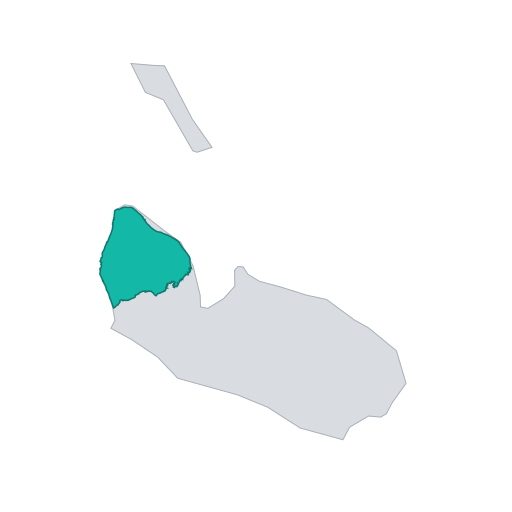 Hebron, West Bank, Palestine shown in context, rotated 111°
{"feature_id": "87354302B80979559279056", "entity_name": "Hebron", "entity_type": "district", "adm_level": 2, "iso_a3": "PSE", "parent_name": "Palestine", "parent_adm1": "West Bank", "projection": "equal_earth", "projection_center": [35.111, 31.507], "detail": "fine", "context": "in_parent", "style": "filled", "palette": "teal", "viewbox_px": 512, "rotation_deg": 111, "n_neighbors": 0, "source": "geoboundaries", "source_scale": "gbopen_adm2", "svg_char_len": 6360}
<svg xmlns="http://www.w3.org/2000/svg" viewBox="0 0 512 512"><g transform="rotate(111 256 256)"><path d="M396.4,109.0L400.8,153.1L393.0,190.8L392.3,223.8L398.2,285.3L385.7,311.4L378.6,342.3L375.5,365.6L366.7,364.6L338.8,381.5L301.8,397.4L261.0,401.5L255.2,396.8L253.6,388.7L265.6,349.5L270.2,331.1L287.8,311.2L312.8,294.0L323.4,289.6L322.2,282.3L307.3,270.9L291.7,265.0L276.9,270.9L272.3,269.1L270.8,264.1L276.0,257.0L278.4,243.9L276.1,222.0L274.5,195.2L271.3,174.6L280.5,141.0L282.8,125.0L294.2,90.9L321.1,70.3L344.3,76.3L356.6,77.8L361.7,81.8L365.1,93.6L382.3,107.3L396.4,109.0ZM170.3,336.0L180.2,348.1L180.5,352.6L143.4,398.3L142.9,417.9L121.1,441.7L114.2,418.1L111.2,409.6L151.3,364.3L170.3,336.0Z" fill="#d9dde1" stroke="#a8b0b8" stroke-width="1"/><path d="M312.5,323.2L312.9,323.2L312.7,322.3L313.6,322.3L314.0,322.0L314.6,322.0L314.6,320.8L314.0,320.9L313.4,320.6L312.7,319.8L312.7,319.7L313.1,319.4L312.8,318.8L312.1,318.8L311.6,318.5L310.5,318.4L310.1,318.5L310.0,319.0L309.8,319.0L309.7,319.1L309.8,318.5L309.0,318.4L308.6,318.5L308.3,318.4L307.7,318.4L307.3,318.4L307.2,318.3L306.8,318.5L306.5,318.5L306.5,318.3L306.4,318.3L306.1,317.7L306.0,318.0L305.8,317.9L305.7,317.9L305.6,318.0L305.2,318.0L305.2,317.4L304.8,317.2L304.6,317.6L304.4,317.5L304.2,317.1L304.2,316.6L303.9,316.4L304.0,316.1L303.3,316.3L303.0,316.3L303.1,316.6L302.1,316.0L301.8,316.0L301.6,315.9L300.8,315.8L300.5,315.6L299.9,315.4L299.4,315.0L299.0,315.0L298.5,315.1L298.6,314.6L298.1,314.2L298.0,313.9L298.0,313.0L297.9,312.6L297.2,312.6L297.2,312.9L296.9,313.1L296.5,313.1L296.2,313.2L295.7,313.9L295.3,313.3L295.2,313.0L295.5,313.0L295.5,312.5L295.4,312.4L295.0,312.5L294.9,312.2L294.5,311.9L294.2,311.9L293.9,312.2L293.5,312.3L293.1,312.1L293.0,312.6L292.7,313.1L292.6,312.9L292.6,312.7L292.0,312.6L292.2,313.0L292.0,313.6L291.7,313.8L291.4,314.0L291.3,313.8L291.2,313.9L290.9,313.7L291.1,312.6L290.8,312.1L290.8,311.8L288.9,313.4L288.2,313.7L287.7,314.1L287.4,314.3L286.8,314.8L286.5,314.9L286.1,315.1L283.9,316.1L283.3,316.1L283.1,316.4L282.5,316.5L282.0,316.8L281.6,317.1L280.8,318.0L280.6,318.3L280.4,318.3L280.4,318.6L279.8,319.1L278.2,321.5L276.7,324.1L276.2,324.5L276.1,324.9L276.0,325.4L275.3,326.7L271.4,332.1L270.5,333.2L269.5,336.8L269.4,336.7L269.3,337.1L269.1,338.8L268.9,341.4L268.8,341.9L268.6,342.2L268.5,342.6L268.5,343.9L268.1,345.7L268.3,351.7L267.9,352.6L267.9,353.0L268.7,356.8L268.6,357.6L268.6,358.0L268.6,358.4L267.9,361.4L267.2,363.7L266.4,365.7L266.2,365.9L265.7,366.9L265.6,367.4L265.6,367.6L264.9,369.3L264.7,369.4L263.8,371.0L263.4,371.3L263.2,371.9L262.7,372.2L262.4,372.4L261.7,372.7L261.7,372.8L261.8,373.3L261.9,373.5L262.1,373.5L261.1,375.2L260.9,375.2L260.7,375.4L260.3,375.4L260.1,375.6L260.1,376.2L259.3,377.6L258.8,378.6L258.4,379.9L258.0,381.3L257.3,382.8L256.8,384.1L255.6,387.6L255.4,389.0L255.4,390.1L255.5,390.7L256.5,392.7L256.7,393.2L256.8,394.0L257.3,395.6L257.4,396.2L257.6,396.5L257.8,396.7L258.3,397.3L259.5,398.7L261.5,400.3L261.7,400.8L261.6,401.8L261.8,402.1L263.1,403.3L263.6,403.7L264.2,404.0L264.7,404.1L267.2,403.3L267.9,403.2L268.8,402.9L269.3,402.6L272.1,402.3L273.0,401.5L273.5,401.8L273.5,402.1L274.5,401.9L276.2,401.4L276.3,401.6L276.7,401.3L277.6,401.5L277.8,401.3L278.1,400.8L280.5,400.1L281.1,400.2L281.6,399.8L282.3,399.7L287.0,399.5L288.5,399.5L290.3,399.7L294.6,399.6L296.3,399.8L296.3,400.1L296.5,400.3L297.0,400.2L297.5,400.3L297.8,400.1L301.5,400.3L304.7,400.1L305.7,400.2L306.8,400.5L308.3,400.6L309.1,400.4L310.1,399.8L310.8,399.6L312.1,399.1L312.3,399.2L313.3,399.7L313.3,399.9L315.2,399.5L315.4,399.5L316.4,399.8L316.8,399.7L317.1,399.4L317.2,399.1L317.3,398.4L317.2,397.9L317.6,397.9L317.8,398.4L318.0,398.3L318.2,397.9L318.4,397.6L318.9,397.4L319.5,397.8L319.7,397.7L320.1,396.9L321.0,396.8L322.4,396.4L322.7,396.6L322.8,396.6L323.1,397.1L323.3,397.2L323.7,396.9L324.0,396.8L324.7,396.9L324.9,396.7L325.0,396.4L325.1,396.1L325.4,395.9L325.6,395.9L326.1,396.0L326.5,395.7L327.8,395.6L328.6,395.3L329.2,395.0L330.4,393.6L333.1,391.0L333.7,390.2L333.8,390.4L334.0,390.4L334.2,389.9L334.5,389.9L334.4,389.5L335.9,388.2L337.1,386.7L338.8,385.1L339.6,384.4L340.5,384.0L341.0,383.7L341.7,382.9L342.4,381.7L343.2,381.1L344.9,379.4L346.3,378.5L348.3,376.9L349.4,375.7L354.5,371.3L355.5,370.2L354.8,369.6L352.8,368.7L351.6,367.9L350.8,367.2L350.1,367.2L348.7,366.7L347.7,366.5L346.9,367.0L346.7,367.1L346.3,366.7L345.7,366.7L345.5,366.2L345.4,366.0L345.3,365.9L345.1,365.3L345.2,365.0L345.1,364.6L345.5,364.5L345.5,364.2L345.0,363.9L344.8,363.6L344.5,363.7L344.3,363.1L344.4,362.5L344.0,361.5L343.9,361.0L343.8,360.9L343.7,361.0L343.6,360.8L343.6,360.3L343.5,360.2L343.3,360.1L343.2,359.5L343.0,359.3L342.7,359.3L342.6,358.9L342.3,358.7L342.0,358.2L341.2,357.6L340.2,356.7L338.8,355.0L338.0,354.3L337.5,354.1L337.3,354.1L336.9,354.3L336.2,354.4L336.0,354.7L335.9,354.7L335.6,354.3L335.4,353.8L334.4,353.1L334.3,352.7L333.7,352.3L333.5,352.0L333.2,351.8L332.8,351.9L332.7,351.7L332.3,351.5L331.7,351.6L331.3,350.9L329.6,349.1L329.1,348.4L328.8,347.9L328.6,347.2L328.5,346.9L328.8,346.7L329.3,346.7L329.3,346.2L329.0,345.9L328.8,345.9L328.6,345.3L328.5,345.2L328.1,345.0L328.0,344.6L327.4,344.2L327.4,343.9L327.1,343.7L327.2,343.1L327.2,342.6L326.9,342.3L326.8,342.0L326.4,341.2L326.9,340.4L327.3,338.9L327.6,338.5L328.8,336.2L329.0,335.2L328.0,334.7L327.7,334.6L326.4,334.3L325.5,332.9L324.9,332.5L324.7,332.3L324.6,332.1L324.7,331.9L323.5,331.0L322.5,329.7L322.0,329.2L321.6,329.1L321.5,328.7L321.3,328.8L321.3,328.7L321.0,328.6L321.0,328.9L319.8,328.1L319.5,328.3L319.0,328.5L318.8,328.5L318.0,327.6L318.1,328.4L318.0,328.8L317.8,328.9L317.6,328.9L317.6,328.6L317.3,328.3L317.0,328.3L316.9,328.4L316.8,328.5L316.8,328.8L316.7,328.9L316.4,328.8L316.2,328.7L315.9,328.4L316.0,328.2L315.4,327.9L315.0,328.0L314.5,327.9L314.4,328.0L314.7,328.3L314.7,328.5L314.7,329.1L313.9,329.1L313.2,328.5L313.2,328.4L312.6,327.8L312.3,327.1L312.4,326.8L312.2,326.4L312.3,326.1L312.2,326.0L311.7,326.1L311.4,325.6L311.0,325.7L310.9,325.5L310.6,325.5L310.7,325.4L310.5,325.2L310.4,324.8L309.9,324.8L309.9,324.7L309.9,324.4L309.7,324.4L309.5,324.1L309.3,323.7L309.2,323.5L309.3,322.6L309.5,322.4L310.0,322.2L310.6,322.3L310.8,322.6L310.9,322.8L311.0,322.8L311.0,322.3L311.2,322.2L311.3,322.3L311.3,322.9L311.8,322.9L312.1,323.0L311.9,322.8L312.0,322.8L312.5,323.2Z" fill="#14b8a6" stroke="#0f766e" stroke-width="1.5"/></g></svg>